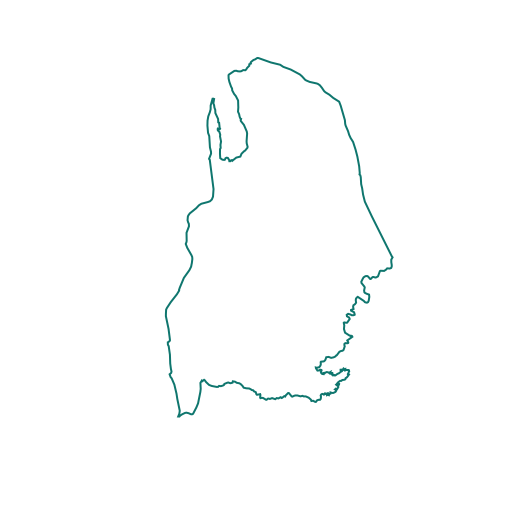 outline of Kampong Leaeng, Kâmpóng Chhnang, Cambodia, rotated 49°
{"feature_id": "14789045B82078343775741", "entity_name": "Kampong Leaeng", "entity_type": "district", "adm_level": 2, "iso_a3": "KHM", "parent_name": "Cambodia", "parent_adm1": "Kâmpóng Chhnang", "projection": "mercator", "projection_center": [104.747, 12.405], "detail": "fine", "context": "isolated", "style": "outline", "palette": "teal", "viewbox_px": 512, "rotation_deg": 49, "n_neighbors": 0, "source": "geoboundaries", "source_scale": "gbopen_adm2", "svg_char_len": 6154}
<svg xmlns="http://www.w3.org/2000/svg" viewBox="0 0 512 512"><g transform="rotate(49 256 256)"><path d="M200.8,301.1L204.7,302.5L213.1,304.2L214.9,304.8L216.5,306.0L219.2,309.0L221.5,312.0L223.0,315.6L225.2,324.8L229.9,334.3L231.2,336.5L231.7,336.7L233.0,340.8L234.9,350.6L236.8,357.4L237.5,359.0L240.4,361.8L242.3,363.5L253.6,369.8L262.6,375.8L263.4,376.5L263.5,378.2L263.3,379.2L264.9,380.5L265.5,380.8L266.7,381.0L274.0,385.7L280.9,391.3L285.4,394.3L287.8,395.6L288.6,396.8L288.6,398.8L291.4,399.9L293.0,399.9L299.5,402.0L307.7,406.3L312.3,409.2L322.8,415.1L324.7,417.3L326.1,420.0L326.9,419.1L326.7,418.0L327.0,415.7L327.8,412.7L328.5,411.4L330.4,410.0L332.6,409.0L333.5,408.2L333.8,407.0L331.2,400.4L329.2,396.4L322.1,387.2L320.0,384.9L315.3,381.2L314.5,378.6L315.3,378.6L315.4,376.4L316.3,376.2L318.4,376.4L322.5,376.0L325.0,374.7L329.1,371.5L329.9,370.4L329.8,369.1L331.2,367.9L332.1,365.9L332.3,364.7L331.8,363.8L332.8,360.8L333.3,359.9L335.1,358.9L335.5,358.3L336.2,356.8L335.4,355.7L337.1,354.3L339.1,353.7L341.1,352.1L342.6,351.6L345.1,351.4L347.3,351.7L349.5,350.1L351.6,348.0L353.4,347.3L354.2,347.2L355.6,346.2L356.9,346.3L358.6,345.5L360.6,346.4L361.4,346.3L363.0,343.5L363.7,343.8L365.6,345.8L366.2,345.9L366.9,344.6L367.8,343.8L371.2,342.7L371.5,341.9L371.4,340.8L371.9,340.0L373.0,339.3L373.8,337.1L376.7,335.4L376.8,333.6L378.2,332.5L378.7,330.1L379.3,329.8L379.9,329.9L380.2,329.3L380.3,326.6L381.2,326.2L380.7,324.8L380.5,321.6L381.1,321.1L385.4,321.2L386.0,320.8L386.6,318.7L387.2,317.6L388.5,316.2L391.1,314.5L392.1,312.6L393.3,312.1L394.7,310.5L397.5,309.2L400.4,308.8L401.8,309.3L402.7,307.9L405.0,307.0L405.4,306.5L405.0,304.4L405.8,302.8L406.5,302.1L406.3,300.9L405.0,299.4L403.7,298.7L403.3,297.7L403.5,296.5L404.2,296.0L405.1,295.8L405.3,295.4L404.8,294.3L405.1,293.9L405.8,294.0L406.7,291.7L407.3,291.9L406.9,292.9L407.6,293.6L407.9,292.7L408.9,292.3L408.2,291.0L408.7,290.2L407.8,289.3L409.3,288.4L410.1,287.4L410.7,285.2L410.3,283.8L409.1,283.7L408.5,283.9L408.5,282.8L409.6,282.6L409.7,282.2L408.9,279.8L408.1,279.5L405.7,279.9L405.7,279.3L407.5,277.7L407.1,277.2L405.4,278.1L405.2,277.0L405.4,274.5L406.2,273.5L406.2,272.2L407.2,270.8L407.6,269.8L407.5,269.1L407.0,268.5L407.2,267.0L406.7,264.5L406.0,264.4L406.2,263.6L405.2,263.7L404.9,262.8L404.2,261.9L404.2,261.4L403.2,260.8L402.8,260.9L401.2,262.7L400.8,264.0L400.2,263.9L400.4,263.1L399.9,262.7L399.4,264.4L398.8,263.6L398.3,263.7L398.8,265.7L397.9,266.0L397.3,266.8L397.6,267.1L399.2,267.1L399.0,268.1L398.9,270.6L398.4,271.8L398.2,274.4L398.0,274.8L397.3,274.9L396.9,275.3L397.0,275.7L396.6,276.2L396.1,275.9L396.1,275.5L395.7,275.6L395.4,276.4L394.9,276.3L394.2,275.3L393.9,275.6L394.3,276.5L393.3,277.4L392.9,277.4L392.3,276.2L392.0,277.6L390.9,278.0L389.9,278.9L389.5,280.4L389.6,281.4L389.3,281.7L388.8,281.4L388.5,281.9L389.4,282.6L388.5,283.4L387.3,283.6L386.0,283.1L385.5,281.7L384.9,281.4L383.8,282.2L383.8,283.4L382.8,284.8L380.0,284.4L379.4,284.0L380.3,283.4L381.4,281.1L381.0,279.3L380.2,278.1L378.5,276.8L378.4,276.3L380.0,274.0L380.1,273.1L379.9,271.8L378.5,269.4L379.8,267.4L382.2,266.1L383.4,263.9L383.9,262.0L383.7,260.6L383.9,260.1L383.0,255.9L383.5,254.1L384.3,252.8L384.3,251.5L382.4,248.3L381.1,247.7L380.3,246.8L380.4,245.7L381.8,244.3L382.1,243.5L381.7,243.0L379.6,242.5L380.2,236.3L379.4,236.1L378.9,236.7L378.4,236.7L378.3,237.2L377.1,237.7L372.3,239.1L368.8,237.5L366.4,235.0L364.0,233.6L364.0,233.0L365.6,231.7L366.1,230.9L365.0,226.6L363.6,226.1L361.2,226.9L359.9,226.1L360.1,224.4L362.3,223.0L363.4,222.7L364.5,221.5L365.1,220.2L364.8,219.8L362.8,218.9L359.6,220.1L359.1,219.7L360.0,217.2L358.0,216.0L357.1,214.8L357.3,212.9L356.9,211.1L354.8,209.7L353.9,208.7L353.5,207.4L353.6,206.0L360.6,204.1L362.3,204.1L363.6,203.3L364.2,202.5L364.3,201.7L363.7,200.3L361.2,197.3L359.3,196.0L357.0,197.3L355.2,198.0L354.5,198.0L352.9,197.0L351.1,194.6L350.3,194.3L345.6,194.1L344.5,193.4L343.2,190.3L342.7,188.8L343.0,186.7L343.5,185.9L344.1,185.2L344.9,184.9L348.2,184.9L348.6,184.5L348.4,182.1L348.5,181.6L348.9,181.1L350.5,180.1L351.0,179.3L351.4,177.3L348.7,172.4L348.9,171.6L351.3,169.1L351.6,166.9L351.4,165.1L353.2,163.3L353.7,161.8L353.0,160.5L351.9,159.5L349.5,158.0L347.5,156.3L346.6,153.8L345.3,153.7L302.1,142.6L286.4,138.2L279.9,134.9L274.6,131.5L270.8,129.5L265.2,125.2L263.5,124.3L262.4,124.4L261.5,123.3L256.0,119.3L247.5,114.3L241.1,111.1L233.6,107.9L229.1,107.2L225.7,106.2L222.1,104.6L216.4,102.8L214.8,102.0L211.8,99.8L198.2,93.5L194.1,92.0L187.4,94.0L182.4,94.8L178.0,96.2L176.2,96.4L172.2,95.9L168.9,95.8L166.7,96.4L165.6,97.0L159.8,101.3L156.5,102.9L155.3,103.3L150.5,103.4L147.7,103.8L138.0,107.5L131.2,111.3L127.5,112.3L119.7,117.8L108.2,124.3L107.4,125.1L107.3,125.8L107.0,127.8L106.4,129.3L106.3,132.4L106.6,133.3L107.4,133.6L106.9,135.3L108.0,136.2L108.2,139.2L108.8,141.1L108.8,142.2L107.3,143.7L106.9,145.8L106.2,147.0L104.7,148.5L103.2,149.4L102.1,150.9L101.3,157.3L101.5,158.1L104.2,160.3L107.2,161.9L111.8,163.7L113.9,164.2L115.4,165.3L119.3,166.2L122.1,166.3L126.9,167.5L132.4,172.0L135.3,174.9L137.9,175.7L140.2,177.0L142.4,177.7L142.8,177.4L143.6,178.6L144.3,178.9L149.1,179.1L156.0,181.3L157.8,182.4L163.3,187.9L164.9,189.1L168.1,190.7L168.7,191.5L169.3,195.1L169.1,196.1L169.3,199.8L170.7,202.6L168.8,206.3L168.6,211.4L167.8,211.3L167.4,212.2L167.6,213.2L167.0,213.9L166.1,213.3L163.5,212.9L162.5,213.7L162.2,214.9L162.9,216.3L162.6,217.0L161.2,218.2L158.7,218.8L155.3,216.2L151.7,213.0L151.3,211.8L148.8,209.9L146.7,207.3L142.0,204.6L141.1,203.5L138.4,202.2L136.2,202.4L135.0,201.6L134.8,201.1L136.5,200.3L136.4,199.6L135.5,199.4L131.2,196.4L130.4,196.8L127.7,194.7L121.5,192.9L119.0,190.9L116.7,190.0L114.7,188.7L112.8,188.0L110.0,184.6L109.1,185.1L108.8,185.6L112.7,191.5L115.5,194.0L117.2,196.5L119.3,200.4L122.0,203.7L125.7,207.1L131.6,211.4L134.8,212.6L143.8,219.5L147.7,221.5L149.3,222.8L151.9,227.7L153.1,227.8L177.7,244.2L183.0,249.5L184.4,252.3L184.5,254.8L183.7,256.9L180.7,263.0L180.3,265.8L180.7,269.8L180.4,278.0L181.0,280.5L181.5,281.5L184.1,284.2L186.0,285.1L187.7,285.6L189.6,287.1L192.9,293.2L199.1,298.4L199.9,299.4L200.8,301.1Z" fill="none" stroke="#0f766e" stroke-width="2"/></g></svg>